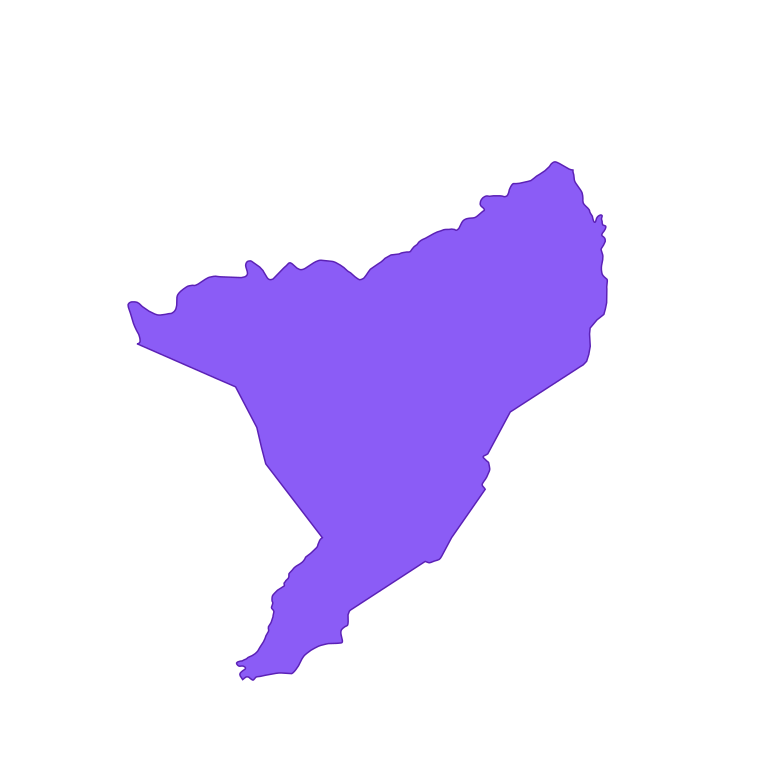 Goascoran, Valle, Honduras (Mercator projection), rotated 59°
{"feature_id": "27666195B50126770089567", "entity_name": "Goascoran", "entity_type": "district", "adm_level": 2, "iso_a3": "HND", "parent_name": "Honduras", "parent_adm1": "Valle", "projection": "mercator", "projection_center": [-87.718, 13.59], "detail": "fine", "context": "isolated", "style": "filled", "palette": "violet", "viewbox_px": 768, "rotation_deg": 59, "n_neighbors": 0, "source": "geoboundaries", "source_scale": "gbopen_adm2", "svg_char_len": 6170}
<svg xmlns="http://www.w3.org/2000/svg" viewBox="0 0 768 768"><g transform="rotate(59 384 384)"><path d="M550.5,405.2L526.4,351.5L525.3,351.5L522.1,352.0L521.3,351.9L520.7,351.6L520.1,351.0L519.6,350.0L518.8,348.4L517.8,346.0L516.6,343.8L513.0,338.7L512.0,337.6L510.9,336.9L508.4,335.9L505.2,334.8L504.2,335.0L502.8,335.6L498.5,336.7L497.9,336.7L497.4,336.4L497.2,336.0L497.1,335.3L497.3,333.0L497.3,331.0L473.0,290.2L470.2,207.2L470.2,203.4L468.9,198.6L464.1,193.2L457.9,187.8L446.9,182.0L442.2,178.5L438.7,168.3L437.6,159.7L433.8,155.7L429.0,151.3L417.4,144.1L415.5,143.1L410.7,139.5L409.8,139.1L409.2,138.9L405.8,140.0L403.9,140.4L402.3,140.4L400.6,139.9L398.2,138.9L396.0,137.6L394.5,136.5L390.2,132.6L387.1,130.5L385.9,130.0L381.3,128.9L380.4,128.6L379.7,127.7L377.9,124.1L375.8,121.0L374.3,120.1L372.9,119.7L371.1,120.0L369.4,120.7L368.8,120.7L368.3,120.5L367.8,119.9L367.2,119.1L366.2,116.5L365.1,114.5L364.1,113.3L363.3,112.8L362.9,112.7L362.4,112.9L360.5,114.4L360.1,114.5L359.6,114.4L358.3,114.0L357.0,113.3L354.5,112.6L352.3,110.4L351.7,110.4L351.2,110.6L350.7,111.2L350.5,111.9L350.4,113.6L350.7,114.9L351.4,116.4L353.6,118.8L354.0,119.5L353.9,120.0L353.7,120.3L352.8,120.5L350.8,120.1L347.4,119.0L343.8,119.1L342.2,118.9L341.2,118.5L340.4,118.4L338.2,118.7L335.7,119.4L333.6,119.9L332.5,120.0L331.5,120.0L329.4,119.2L327.1,117.8L324.9,116.7L322.4,115.8L320.9,115.6L319.0,115.6L310.4,116.2L308.5,116.1L307.0,115.7L302.4,113.6L299.6,112.8L297.9,111.8L296.7,113.3L295.0,114.7L285.5,120.0L282.8,121.8L281.8,122.8L281.3,123.8L281.2,125.2L281.4,127.0L281.8,128.1L282.8,130.2L284.1,136.2L284.4,142.6L284.4,146.2L284.9,149.6L285.3,153.3L284.6,155.9L281.7,164.6L280.2,167.7L279.0,169.6L278.8,170.5L279.3,172.2L280.4,174.2L282.0,176.5L284.0,178.4L285.3,180.1L285.7,180.8L286.1,182.0L285.9,183.2L285.5,184.3L285.0,184.8L283.7,186.0L282.5,187.6L279.1,193.2L277.5,196.8L275.8,198.9L275.4,200.0L275.2,201.3L275.3,203.3L276.0,205.4L277.1,207.1L278.7,208.5L279.8,209.1L281.2,209.2L282.2,209.0L284.1,208.3L285.7,208.1L286.5,208.3L286.9,208.9L286.9,210.6L288.1,217.5L288.2,219.8L288.0,220.8L287.6,222.0L285.8,225.6L285.0,227.7L284.7,229.1L284.6,230.8L284.9,232.4L285.7,234.2L289.0,239.3L289.4,240.5L289.6,241.7L289.5,242.7L289.2,243.2L288.9,243.5L288.0,243.8L286.0,246.3L285.2,248.2L283.1,251.9L282.5,253.5L282.0,256.4L281.1,260.1L280.7,264.1L280.4,273.5L280.0,276.7L280.0,278.6L280.3,281.0L281.5,283.9L281.7,286.6L281.9,287.9L282.9,290.7L283.8,292.6L284.0,293.6L283.7,294.7L282.6,296.5L281.2,299.9L280.6,301.7L280.4,303.7L280.2,304.4L277.0,311.5L276.8,318.4L277.5,321.3L277.9,323.9L278.0,327.2L278.6,336.6L279.6,339.1L281.6,343.4L282.8,346.5L282.9,347.7L282.7,349.6L282.3,350.7L281.9,351.4L280.1,352.4L277.3,353.6L271.5,355.4L269.1,356.7L267.8,357.2L263.6,358.4L259.4,360.3L254.9,362.9L253.1,364.3L252.1,365.4L245.5,374.2L244.9,375.3L244.5,376.5L244.0,379.4L243.9,382.0L244.3,392.1L244.1,394.0L243.6,395.6L243.1,396.5L242.4,397.3L240.4,398.6L239.6,399.0L234.1,400.7L233.1,401.1L231.9,401.9L231.6,402.4L231.4,403.0L231.4,403.7L232.3,406.9L232.6,408.6L233.0,410.5L236.8,424.8L236.8,425.5L236.5,426.6L236.1,427.6L235.5,428.3L234.6,429.0L232.9,429.4L226.3,429.4L224.4,429.3L219.7,430.3L210.6,434.3L209.8,434.9L209.2,436.0L208.7,437.3L208.7,438.3L209.1,439.4L209.8,440.4L210.9,441.4L212.5,442.1L217.2,443.3L219.0,444.1L219.7,444.8L220.1,445.5L220.4,446.5L220.5,447.9L219.5,451.0L219.2,451.7L208.2,468.5L206.6,470.7L204.9,472.8L203.9,474.8L202.5,478.9L202.3,480.3L202.2,483.3L202.6,491.9L202.4,494.2L202.1,495.5L200.7,497.4L199.5,500.4L199.1,502.0L199.1,504.1L199.3,507.0L199.8,510.6L200.4,512.8L201.2,514.7L201.9,515.7L203.0,516.8L209.7,521.1L210.9,522.2L212.4,523.7L213.2,525.0L213.8,526.5L214.0,528.1L214.0,529.9L212.8,532.4L211.8,535.3L209.6,540.4L208.9,541.5L208.0,542.7L206.0,544.4L200.6,547.9L193.1,551.3L189.0,552.4L186.9,553.5L186.1,554.3L185.2,555.4L184.4,556.7L183.7,557.9L183.4,558.8L183.3,559.7L183.3,560.5L183.5,561.3L183.9,562.1L184.3,562.6L186.3,563.5L188.4,564.0L192.7,564.9L202.8,567.5L206.4,568.1L210.4,568.5L215.2,568.7L217.3,569.2L219.3,569.8L221.4,570.8L222.1,571.3L222.5,572.0L222.8,572.8L222.9,573.5L222.7,574.3L222.3,575.0L293.9,524.2L310.0,512.7L355.8,515.4L375.0,521.6L391.6,526.5L484.0,516.0L484.1,517.6L484.8,519.5L487.6,523.3L488.8,524.5L489.2,525.2L489.6,526.3L491.4,534.3L492.0,540.1L492.2,540.6L493.0,541.7L493.6,542.8L494.2,544.3L494.6,545.7L494.9,548.5L494.9,553.0L495.1,554.8L495.4,556.2L496.2,558.3L497.3,562.2L497.8,563.3L500.2,564.8L501.0,565.8L501.3,566.3L502.0,569.4L502.6,570.4L502.9,571.5L503.2,572.1L503.7,572.5L505.3,573.1L505.7,573.5L505.9,581.5L506.9,585.4L507.5,587.4L508.0,588.5L509.0,589.6L510.7,590.8L512.3,591.7L513.7,591.8L514.8,592.4L515.4,593.0L517.2,595.2L517.7,595.6L518.6,595.8L520.8,595.4L522.2,595.5L523.0,596.1L525.2,598.2L526.3,599.0L530.1,603.4L530.8,604.6L532.5,608.0L533.9,609.0L535.5,609.6L536.5,610.4L539.1,615.0L540.9,617.1L542.9,620.1L545.9,626.2L547.9,629.8L548.4,631.6L548.8,633.6L548.9,637.1L548.5,640.0L548.4,641.6L548.7,643.1L548.7,644.0L548.4,646.0L548.3,648.2L547.5,650.0L546.9,652.4L547.0,653.4L547.2,654.0L547.9,654.4L548.8,654.4L549.9,654.2L550.7,653.9L551.5,653.2L552.6,650.9L553.4,649.9L554.7,649.1L555.8,648.9L556.5,649.3L556.9,650.0L557.0,652.5L557.3,654.5L557.7,656.0L558.4,656.9L559.1,657.3L560.4,657.6L564.6,657.4L564.2,654.7L564.1,653.1L564.3,652.6L564.8,651.7L565.7,650.9L567.5,650.3L569.0,649.7L569.9,649.2L570.3,648.8L570.4,648.4L570.3,647.7L569.4,645.1L569.4,644.1L569.9,642.8L570.8,640.9L572.6,635.6L576.3,625.8L577.5,623.1L578.7,621.0L584.7,612.3L584.7,611.0L584.2,608.8L583.4,606.6L581.5,602.4L577.5,596.1L576.7,594.5L575.9,592.7L575.5,591.2L575.1,588.7L574.6,583.7L574.7,579.6L575.0,575.3L575.5,572.8L577.0,567.8L577.9,565.3L582.0,558.0L583.6,554.7L583.9,553.9L584.0,553.4L583.9,553.0L583.6,552.5L582.5,551.8L576.2,549.7L574.8,549.0L573.6,548.1L572.7,546.9L572.2,545.1L571.9,542.6L572.1,540.5L572.0,539.7L571.8,539.2L571.0,538.4L569.2,537.1L563.3,533.7L561.7,531.7L560.9,530.6L560.7,530.1L560.5,528.9L557.3,440.1L560.1,437.8L560.7,437.0L561.1,435.6L561.7,432.0L562.5,429.0L562.8,427.0L562.4,425.4L561.4,423.4L550.5,405.2Z" fill="#8b5cf6" stroke="#5b21b6" stroke-width="1.5"/></g></svg>